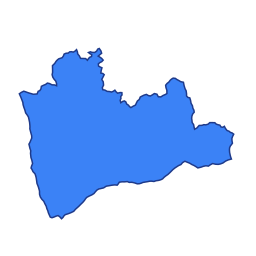 the district of Brumadinho, Minas Gerais, Brazil, rotated 174°
{"feature_id": "56859067B71494732621842", "entity_name": "Brumadinho", "entity_type": "district", "adm_level": 2, "iso_a3": "BRA", "parent_name": "Brazil", "parent_adm1": "Minas Gerais", "projection": "robinson", "projection_center": [-44.135, -20.186], "detail": "fine", "context": "isolated", "style": "filled", "palette": "blue", "viewbox_px": 256, "rotation_deg": 174, "n_neighbors": 0, "source": "geoboundaries", "source_scale": "gbopen_adm2", "svg_char_len": 3958}
<svg xmlns="http://www.w3.org/2000/svg" viewBox="0 0 256 256"><g transform="rotate(174 128 128)"><path d="M203.6,44.7L202.1,45.8L200.8,47.4L199.4,48.4L197.8,48.7L196.0,49.1L193.8,49.7L190.7,50.8L188.7,52.7L187.3,53.7L185.2,55.2L182.9,57.1L180.7,58.8L178.9,60.5L177.6,62.1L176.3,63.3L173.9,64.3L170.9,65.3L168.7,66.4L167.3,67.8L165.4,69.5L163.5,70.4L161.6,70.6L158.5,71.0L155.7,72.4L152.5,72.6L150.0,72.8L147.1,72.8L144.7,72.3L143.5,73.5L142.3,75.0L139.5,75.1L137.0,74.8L134.3,74.8L132.5,73.8L129.8,73.6L127.4,72.8L124.6,71.5L122.5,71.4L120.4,71.8L118.9,72.3L117.3,72.4L115.7,72.5L113.9,72.6L112.1,72.8L110.3,72.7L107.8,72.1L105.7,72.6L103.0,72.7L100.8,73.1L98.9,73.8L97.4,75.1L95.6,76.3L93.2,77.6L91.2,79.1L89.7,80.3L87.9,81.8L85.6,83.3L83.5,84.4L81.5,85.4L79.2,86.1L77.3,87.9L74.9,89.0L72.7,87.8L70.4,86.6L68.3,85.0L66.4,83.9L64.5,82.5L62.7,81.0L59.5,81.4L57.1,82.0L54.5,82.3L52.0,81.7L50.0,82.8L47.6,83.8L44.6,82.8L42.1,82.4L39.8,82.6L37.2,83.3L34.4,84.9L31.6,85.8L28.4,86.3L28.9,88.3L29.2,90.2L29.5,93.1L29.4,95.8L29.0,97.8L28.0,99.5L26.8,100.7L25.7,102.0L25.9,104.1L25.8,106.7L24.8,108.8L23.5,110.8L25.1,112.3L26.6,112.9L27.8,114.2L29.8,115.2L31.2,117.5L32.0,119.6L33.6,118.8L35.4,119.3L36.3,121.2L38.0,121.8L39.8,122.6L41.1,124.2L44.1,124.6L46.1,124.8L48.0,123.4L50.5,123.0L52.2,123.4L54.1,122.9L57.0,123.1L59.5,120.8L61.9,119.8L62.2,122.1L62.4,124.5L63.6,126.7L63.6,128.9L63.7,130.9L63.2,133.2L62.1,135.3L60.5,136.8L60.6,138.9L61.4,140.8L61.6,143.4L62.7,146.0L62.9,149.0L63.4,151.5L65.3,152.2L66.4,153.7L66.2,156.0L66.3,158.9L67.2,161.2L67.8,164.4L68.1,167.7L70.8,168.6L72.6,170.0L74.3,171.1L75.7,172.4L77.9,172.9L79.6,172.1L81.0,171.1L82.6,169.4L84.5,168.2L86.1,166.6L86.0,164.1L85.4,161.4L85.7,158.2L87.4,157.4L89.7,156.7L92.1,155.5L94.6,155.9L95.7,158.6L98.2,159.5L100.3,158.4L102.4,157.5L104.3,158.1L106.2,159.5L108.7,159.0L110.9,158.2L112.6,157.5L113.8,155.2L115.8,153.9L116.9,152.2L118.2,150.0L120.7,149.1L123.0,148.0L124.3,149.2L125.2,150.7L126.8,152.0L127.5,154.3L128.8,155.3L130.5,155.0L132.5,153.9L132.9,156.4L131.9,158.2L132.0,160.0L130.5,161.5L130.4,163.8L132.1,164.1L134.7,163.7L136.2,165.4L137.1,167.0L138.9,166.0L140.7,165.5L142.6,166.2L144.9,166.6L147.0,168.1L149.1,168.7L149.3,170.9L147.8,173.2L147.8,176.5L149.0,179.1L147.7,181.0L146.1,183.5L147.3,184.8L149.3,185.5L148.5,188.4L147.6,190.6L149.0,191.4L150.8,192.6L150.8,194.9L149.1,196.0L147.2,196.7L145.6,198.1L147.0,200.1L148.3,201.2L150.1,202.6L148.3,203.9L146.4,205.1L146.9,207.6L148.3,210.1L149.9,209.6L151.1,207.8L153.2,206.6L155.9,207.0L157.4,207.7L159.4,207.2L158.0,205.8L156.4,204.8L156.8,202.9L158.8,202.3L160.2,201.0L161.3,199.6L162.9,201.5L165.2,201.8L167.9,202.2L168.9,204.9L170.2,206.8L170.4,209.2L171.0,211.3L172.8,209.9L174.5,209.2L176.3,209.8L178.1,209.8L179.5,208.8L181.9,208.8L183.8,208.2L184.7,206.4L186.1,204.8L187.9,204.4L189.5,204.1L191.0,203.2L192.6,201.8L194.1,199.9L196.6,197.9L196.8,195.2L197.0,192.9L197.2,191.1L197.9,189.0L197.5,186.5L196.5,184.4L194.9,182.1L194.4,179.6L194.6,177.5L196.5,178.5L199.1,178.9L201.4,180.4L203.5,181.1L205.5,179.9L207.4,179.4L209.8,178.5L210.5,176.0L211.8,174.4L213.5,173.9L214.8,171.4L217.0,171.4L218.8,171.5L220.4,172.2L222.4,173.0L224.0,173.7L225.8,174.6L227.8,175.5L230.3,174.6L232.5,173.4L231.3,169.7L230.5,166.7L229.9,164.4L229.9,162.2L229.4,159.5L228.7,156.7L228.2,153.7L226.9,151.5L225.9,149.4L225.6,147.0L225.3,144.0L225.3,141.1L225.4,139.3L225.7,137.4L225.4,135.3L225.0,132.7L224.6,130.4L224.8,128.0L226.2,125.5L227.0,124.0L228.2,122.3L227.9,120.0L227.7,118.2L227.1,115.5L227.6,113.0L227.6,110.6L227.6,108.8L227.0,106.1L226.6,102.6L227.9,100.2L228.6,98.3L227.8,96.8L227.1,94.6L225.3,92.2L224.8,90.1L224.5,88.0L224.4,85.3L224.3,82.3L223.7,80.3L223.2,78.2L222.6,74.6L222.9,71.3L222.4,68.6L221.3,66.4L219.4,63.9L218.7,61.7L217.5,58.7L217.1,56.2L216.4,54.1L216.1,52.1L215.5,50.2L214.6,47.5L213.0,46.7L210.8,47.2L208.6,47.9L206.7,48.2L205.2,46.9L203.6,44.7Z" fill="#3b82f6" stroke="#1e3a8a" stroke-width="1.5"/></g></svg>